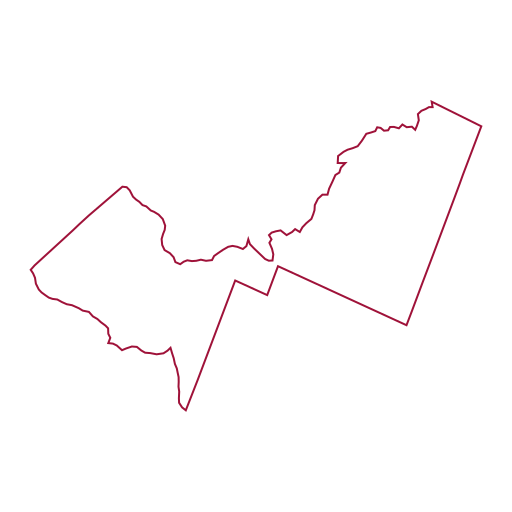 Fátima do Sul, Mato Grosso do Sul, Brazil (Natural Earth projection)
{"feature_id": "56859067B65131445845970", "entity_name": "Fátima do Sul", "entity_type": "district", "adm_level": 2, "iso_a3": "BRA", "parent_name": "Brazil", "parent_adm1": "Mato Grosso do Sul", "projection": "natural_earth1", "projection_center": [-54.472, -22.343], "detail": "fine", "context": "isolated", "style": "outline", "palette": "rose", "viewbox_px": 512, "rotation_deg": 0, "n_neighbors": 0, "source": "geoboundaries", "source_scale": "gbopen_adm2", "svg_char_len": 2133}
<svg xmlns="http://www.w3.org/2000/svg" viewBox="0 0 512 512"><path d="M185.8,410.3L197.7,379.9L235.2,280.5L267.2,295.1L278.0,266.2L299.6,276.1L406.5,325.2L411.5,312.1L422.5,282.7L433.1,254.7L454.2,198.5L459.7,183.7L462.9,174.8L481.3,126.3L431.7,101.7L432.6,107.1L429.0,107.1L425.7,109.0L421.4,110.8L417.9,114.1L418.8,120.3L416.9,125.9L415.2,129.8L411.9,126.7L406.7,127.2L402.4,124.5L398.9,128.3L393.9,126.9L390.1,127.0L388.1,130.3L384.0,130.7L380.6,127.9L377.2,127.3L375.3,131.1L371.0,132.5L366.3,133.8L361.9,140.7L357.7,146.2L352.6,148.2L347.6,149.7L343.6,151.8L338.1,156.0L337.7,163.0L341.4,163.1L345.3,163.0L340.9,167.7L339.3,172.6L335.4,175.0L332.5,181.5L329.1,188.7L327.5,194.7L322.4,194.7L318.0,198.7L314.8,205.1L314.5,210.2L313.2,214.3L311.4,218.9L306.3,223.2L302.4,227.3L299.8,232.0L295.1,229.1L292.1,232.0L286.6,235.1L280.6,230.4L275.9,231.3L271.7,232.6L269.0,235.1L271.5,239.3L269.4,242.8L272.0,248.8L273.3,254.3L272.5,260.5L268.8,260.7L265.1,259.0L260.6,254.7L254.1,248.5L249.9,244.1L248.3,239.3L246.4,246.1L242.9,249.0L237.3,246.8L232.5,245.9L228.2,246.8L223.0,249.8L218.0,253.2L214.1,256.0L212.0,260.1L206.0,260.8L200.9,259.7L196.2,260.8L191.9,261.1L187.3,260.3L183.7,261.7L180.2,264.2L175.4,262.1L173.6,257.2L169.9,253.2L164.6,250.1L162.2,245.0L161.6,239.0L163.1,233.9L164.7,229.9L165.2,225.7L162.8,219.1L158.6,214.6L154.0,211.8L150.8,210.5L146.3,206.4L142.5,205.1L139.3,201.8L136.1,199.6L133.0,196.7L129.7,190.3L126.7,187.2L122.4,186.7L88.7,215.6L79.1,224.4L72.6,230.6L34.6,265.4L30.7,269.8L33.1,273.4L35.0,277.8L35.9,283.7L38.8,289.5L41.5,292.4L45.2,295.1L48.8,297.6L52.5,298.9L57.3,299.5L62.0,302.1L66.7,304.2L72.0,305.2L78.8,308.2L82.7,310.6L88.9,311.9L92.9,316.4L97.4,319.0L100.9,322.2L105.5,325.6L108.1,328.3L108.3,333.8L110.3,337.8L108.3,343.1L112.9,343.6L116.8,345.5L122.0,350.2L126.0,348.5L131.9,346.5L136.9,346.9L141.3,350.5L145.1,352.7L150.3,353.1L156.6,354.3L163.5,353.3L167.6,350.6L170.5,347.8L172.1,353.3L173.7,358.2L174.9,363.9L176.8,368.4L177.6,372.4L178.6,377.1L178.7,381.9L178.5,386.7L179.2,391.6L178.9,398.3L179.1,402.8L182.1,407.4L185.8,410.3Z" fill="none" stroke="#9f1239" stroke-width="2"/></svg>